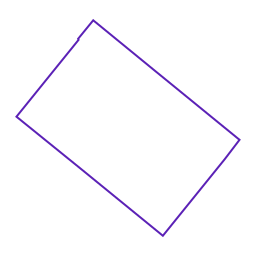 outline of Beadle, South Dakota, United States of America, rotated 39°
{"feature_id": "52423323B64363229098569", "entity_name": "Beadle", "entity_type": "district", "adm_level": 2, "iso_a3": "USA", "parent_name": "United States of America", "parent_adm1": "South Dakota", "projection": "natural_earth1", "projection_center": [-98.339, 44.415], "detail": "fine", "context": "isolated", "style": "outline", "palette": "violet", "viewbox_px": 256, "rotation_deg": 39, "n_neighbors": 0, "source": "geoboundaries", "source_scale": "gbopen_adm2", "svg_char_len": 284}
<svg xmlns="http://www.w3.org/2000/svg" viewBox="0 0 256 256"><g transform="rotate(39 128 128)"><path d="M33.2,66.2L33.1,90.1L34.1,90.6L34.2,189.4L116.3,189.4L222.9,189.8L222.8,91.4L222.1,67.0L195.0,66.9L114.1,66.6L33.2,66.2Z" fill="none" stroke="#5b21b6" stroke-width="2"/></g></svg>